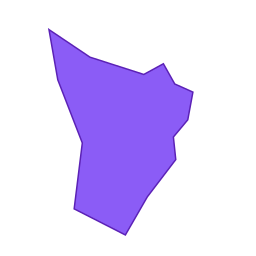 outline of San Lawrenz, rotated 354°
{"feature_id": "MLT-5974", "entity_name": "San Lawrenz", "entity_type": "state/province", "adm_level": 1, "iso_a3": "MLT", "parent_name": "Malta", "parent_adm1": "", "projection": "mercator", "projection_center": [14.198, 36.047], "detail": "fine", "context": "isolated", "style": "filled", "palette": "violet", "viewbox_px": 256, "rotation_deg": 354, "n_neighbors": 0, "source": "natural_earth", "source_scale": "10m", "svg_char_len": 339}
<svg xmlns="http://www.w3.org/2000/svg" viewBox="0 0 256 256"><g transform="rotate(354 128 128)"><path d="M114.2,234.1L66.0,202.8L81.0,138.1L63.2,72.7L59.7,21.9L97.6,53.6L149.3,76.4L169.9,67.8L179.1,89.1L196.3,99.1L188.3,126.1L172.2,141.7L172.2,164.4L140.1,198.4L114.2,234.1Z" fill="#8b5cf6" stroke="#5b21b6" stroke-width="1.5"/></g></svg>